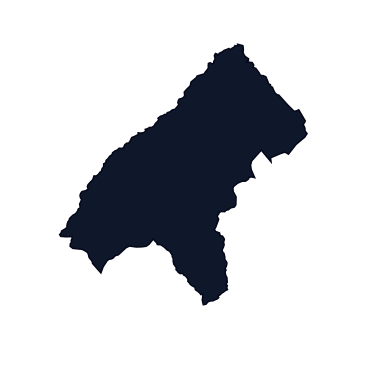 outline of Candelária, Rio Grande do Sul, Brazil, rotated 57°
{"feature_id": "56859067B11258082184478", "entity_name": "Candelária", "entity_type": "district", "adm_level": 2, "iso_a3": "BRA", "parent_name": "Brazil", "parent_adm1": "Rio Grande do Sul", "projection": "natural_earth1", "projection_center": [-52.807, -29.711], "detail": "fine", "context": "isolated", "style": "filled", "palette": "ink", "viewbox_px": 384, "rotation_deg": 57, "n_neighbors": 0, "source": "geoboundaries", "source_scale": "gbopen_adm2", "svg_char_len": 3739}
<svg xmlns="http://www.w3.org/2000/svg" viewBox="0 0 384 384"><g transform="rotate(57 192 192)"><path d="M210.3,312.5L206.3,307.2L203.4,300.6L203.2,298.0L204.2,296.2L204.4,294.2L203.6,290.9L204.6,288.1L202.8,277.6L203.3,273.9L207.7,268.8L210.7,263.9L212.5,260.0L212.5,256.7L211.4,253.2L210.4,250.2L215.6,249.3L217.1,249.7L219.3,246.9L223.7,245.1L226.8,244.5L229.5,243.0L234.0,243.0L235.9,243.9L237.4,243.9L239.8,245.5L242.6,246.6L247.1,246.4L248.3,247.7L249.9,247.4L251.8,247.3L254.0,246.4L255.2,244.1L257.1,244.2L259.1,243.1L262.7,242.8L264.9,244.2L266.6,243.7L268.3,243.8L270.5,243.1L273.5,241.4L275.9,242.4L278.0,241.4L281.1,240.5L282.8,240.5L283.9,238.6L288.3,242.3L290.4,243.1L292.7,243.9L293.7,241.4L292.8,238.3L293.6,235.3L294.6,234.0L295.0,231.1L295.4,228.9L295.1,227.1L293.5,227.0L293.5,224.3L293.0,222.5L293.1,220.6L292.9,218.0L293.2,215.4L291.4,215.1L289.6,213.3L287.9,213.9L286.9,211.6L282.7,209.3L280.2,209.1L277.1,207.8L275.9,205.9L274.3,206.1L273.2,204.0L271.7,202.3L270.2,201.2L266.1,201.1L264.4,199.9L260.8,198.6L259.2,199.0L257.0,198.3L255.1,195.3L253.5,193.6L251.5,193.0L249.2,190.5L245.7,190.4L244.0,192.1L241.3,191.2L238.0,193.7L235.5,193.6L234.8,191.8L231.3,187.0L229.4,184.5L225.7,184.0L225.2,181.9L224.0,180.2L224.3,178.0L226.3,175.4L225.9,173.0L226.7,171.3L226.4,168.2L227.7,164.6L226.6,162.2L220.1,157.7L214.0,157.2L211.1,155.6L210.1,154.3L209.6,150.8L209.5,148.5L210.3,144.1L212.1,141.2L212.0,138.2L210.9,135.8L211.7,133.9L214.1,131.6L205.6,130.2L203.9,129.4L201.4,128.3L198.4,125.0L197.6,122.0L194.6,111.1L209.8,109.3L208.0,108.4L206.1,107.6L208.0,96.7L209.2,92.3L212.8,90.5L208.8,78.9L207.4,67.5L205.7,63.7L202.3,63.9L199.9,62.5L195.8,61.9L195.2,60.0L194.1,58.3L181.2,57.7L180.8,60.3L180.0,62.4L170.7,64.4L158.0,66.4L156.8,67.6L154.4,68.4L151.3,68.1L147.9,67.5L146.6,68.5L144.6,67.8L142.8,68.9L140.7,68.2L135.6,67.3L133.2,68.9L132.2,70.3L130.8,71.1L128.9,70.8L123.3,71.1L120.7,72.8L119.1,71.0L116.2,71.0L112.7,75.3L112.5,73.1L111.0,72.0L109.2,72.8L107.2,73.6L104.8,73.6L102.6,73.1L100.9,71.6L98.8,70.4L97.0,69.6L95.3,71.1L92.9,73.3L94.6,74.1L92.6,76.2L93.4,77.8L93.2,80.3L93.4,82.4L91.8,82.8L91.4,84.9L90.7,88.0L91.0,90.1L90.5,93.5L91.6,96.0L90.0,95.8L88.6,96.9L89.7,98.9L93.1,100.2L94.3,102.6L95.9,103.9L95.3,105.5L93.5,106.3L93.1,108.2L94.8,109.5L96.9,110.8L97.9,113.0L98.6,115.5L99.6,117.4L97.5,124.6L98.4,126.0L99.2,132.9L102.0,135.7L102.9,140.3L103.4,142.1L104.0,144.1L107.1,145.6L108.0,147.4L107.9,149.8L107.1,152.3L108.2,154.1L109.5,155.3L111.5,155.5L112.3,157.5L112.7,159.2L113.4,161.0L112.4,163.9L112.8,166.8L112.0,169.5L113.1,171.1L112.0,172.7L112.1,174.6L111.3,177.3L111.6,180.4L113.4,180.6L114.2,183.2L114.6,185.3L116.0,188.2L115.8,191.1L114.7,192.3L114.7,194.4L114.0,197.2L115.9,197.8L115.8,200.4L114.6,203.0L113.0,204.9L114.5,206.1L114.1,209.9L113.5,212.9L115.7,216.4L116.5,218.7L115.5,220.0L115.7,222.5L117.2,224.7L117.5,226.7L115.6,229.2L116.1,232.3L115.6,234.0L115.8,237.2L117.1,238.7L117.2,241.6L118.2,244.1L118.7,246.8L120.4,248.4L120.3,250.8L122.5,252.1L123.7,255.0L125.3,256.7L125.3,258.5L126.3,261.1L126.4,263.7L125.1,265.4L127.7,268.6L128.4,272.1L129.3,275.3L130.5,276.9L132.8,277.3L133.1,280.1L132.5,282.0L131.7,283.9L132.5,286.2L134.1,288.0L136.3,288.7L138.0,288.6L139.3,290.2L140.9,292.8L144.3,294.3L144.3,296.6L145.7,298.4L146.8,301.3L146.6,304.6L147.5,309.0L148.9,310.6L149.5,312.4L150.8,313.9L152.0,315.2L153.7,316.0L153.8,319.0L153.7,322.5L155.1,324.2L155.6,326.2L157.7,326.3L160.9,322.1L164.1,316.9L165.8,318.0L166.7,319.6L168.4,320.3L169.1,322.2L171.2,323.8L172.8,323.2L174.3,322.7L175.9,320.8L180.2,315.4L182.2,314.2L184.8,312.9L187.1,312.6L189.3,313.4L191.1,314.0L193.1,313.7L195.7,313.5L197.8,314.3L210.3,312.5Z" fill="#0f172a" stroke="#020617" stroke-width="1.5"/></g></svg>